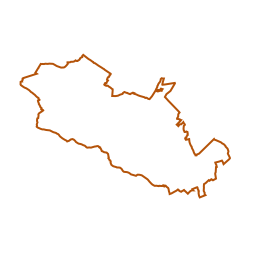 the district of Schitu Duca, Iasi, Romania, rotated 341°
{"feature_id": "2599482B72695645747592", "entity_name": "Schitu Duca", "entity_type": "district", "adm_level": 2, "iso_a3": "ROU", "parent_name": "Romania", "parent_adm1": "Iasi", "projection": "natural_earth1", "projection_center": [27.758, 47.015], "detail": "fine", "context": "isolated", "style": "outline", "palette": "amber", "viewbox_px": 256, "rotation_deg": 341, "n_neighbors": 0, "source": "geoboundaries", "source_scale": "gbopen_adm2", "svg_char_len": 5804}
<svg xmlns="http://www.w3.org/2000/svg" viewBox="0 0 256 256"><g transform="rotate(341 128 128)"><path d="M186.9,101.1L186.9,100.6L177.2,98.9L174.6,98.3L174.6,98.0L175.8,96.0L177.8,93.2L178.0,92.9L177.1,92.6L176.0,91.9L174.9,92.4L174.3,93.6L173.4,94.7L171.9,95.6L171.0,96.3L170.0,97.5L169.3,98.0L169.0,98.8L168.5,99.3L167.3,100.4L166.2,101.6L166.7,101.8L167.9,101.5L168.3,101.8L169.3,102.0L170.4,102.5L171.1,102.3L171.5,101.8L171.7,102.1L171.9,102.1L172.4,101.8L173.3,102.5L172.5,103.0L172.0,103.8L171.6,103.7L171.2,103.3L170.1,103.2L169.2,103.2L169.0,102.9L168.7,103.2L168.2,103.1L167.9,103.0L167.8,102.5L167.1,102.4L166.8,101.8L166.6,101.9L166.1,101.7L161.0,105.8L157.8,107.7L157.2,107.3L156.8,107.2L156.1,106.4L155.9,106.0L155.3,105.4L154.1,105.2L153.9,104.9L153.7,104.4L149.8,101.7L148.3,100.5L146.6,98.8L145.1,97.8L144.8,97.5L145.3,97.1L144.6,96.5L144.0,96.2L143.6,96.4L142.5,96.3L141.2,96.7L140.9,96.6L139.4,95.4L138.8,94.6L138.2,94.4L136.3,92.8L134.6,93.3L133.9,94.0L131.5,93.9L129.1,94.2L126.7,93.8L123.5,92.6L125.6,87.8L126.1,86.4L125.5,85.7L124.4,83.8L123.7,83.1L122.9,81.8L122.6,81.4L121.1,81.0L120.0,79.9L119.7,79.3L119.9,79.1L120.2,79.4L121.0,78.1L121.8,78.2L122.0,78.4L121.9,78.6L122.1,78.7L123.1,77.5L124.5,76.6L123.9,75.7L124.3,75.2L124.2,75.0L124.6,74.7L124.8,74.2L125.9,73.4L126.7,73.5L127.3,72.9L127.6,72.1L128.2,72.1L128.6,71.9L129.2,71.4L129.3,71.1L124.8,65.2L124.6,64.6L123.5,63.4L122.8,62.4L120.5,59.6L117.9,56.0L117.0,55.5L116.5,54.6L116.6,54.3L116.0,53.7L114.5,51.5L113.1,49.9L109.5,44.3L108.1,45.1L108.0,45.7L107.8,46.1L106.7,46.1L105.2,46.6L105.0,46.8L104.8,47.3L104.3,47.6L103.7,47.8L103.0,47.8L102.3,48.2L102.0,48.2L101.1,47.8L100.4,47.0L100.0,47.2L99.1,47.5L98.0,47.5L96.6,47.2L95.7,46.8L94.4,47.0L92.2,46.2L92.0,46.7L92.0,47.7L90.4,48.7L88.6,49.6L87.1,49.9L84.4,49.1L80.8,46.2L79.2,44.3L77.9,42.9L74.5,41.5L73.1,41.3L70.7,40.3L69.4,40.2L68.0,39.6L67.3,39.5L66.4,39.0L63.0,41.8L63.0,42.0L62.3,42.4L58.4,45.6L59.4,47.0L45.4,46.7L45.3,46.9L44.7,46.9L44.6,47.3L44.2,47.3L44.0,47.8L43.9,48.4L42.9,49.3L42.9,49.5L42.3,49.3L41.5,49.4L40.6,51.8L40.7,52.6L42.4,55.0L43.3,56.1L44.8,57.4L46.9,60.1L48.0,62.4L49.1,63.7L49.6,64.7L50.7,66.3L51.3,67.7L52.1,69.2L53.1,70.4L52.8,71.3L53.5,72.3L53.5,72.6L53.3,72.7L51.9,72.8L51.7,72.9L51.6,73.9L51.7,75.9L51.5,76.4L51.8,77.0L51.8,78.0L52.1,78.7L51.9,79.5L52.8,81.2L52.7,81.4L52.1,81.8L52.0,82.1L53.5,83.4L53.6,83.7L53.0,84.0L48.8,85.1L47.7,85.9L47.5,87.0L46.3,89.4L45.4,89.4L44.6,90.8L44.2,92.1L44.3,93.1L42.9,94.9L42.7,96.2L42.1,96.9L42.1,97.1L42.8,98.2L45.3,100.5L46.5,101.4L47.9,101.9L49.9,103.2L53.3,104.8L56.0,107.6L58.3,109.2L58.8,110.0L60.0,111.1L60.5,112.2L60.9,113.7L62.6,116.4L64.5,118.7L65.8,120.0L66.1,120.9L68.1,120.9L69.8,120.3L70.3,120.2L71.9,120.4L72.7,121.1L73.0,121.4L73.9,123.1L74.2,124.2L75.5,125.9L76.2,126.7L77.8,127.6L78.9,128.4L79.9,129.5L81.3,130.6L81.9,131.5L82.2,132.3L83.0,133.3L85.1,133.8L86.6,134.5L90.6,134.7L91.3,134.9L93.1,135.1L93.8,135.4L95.1,137.0L94.7,137.2L95.3,138.1L95.7,139.4L95.6,139.9L95.8,140.8L95.7,141.3L97.0,142.4L97.5,143.1L99.8,144.3L100.7,146.1L100.6,146.6L100.3,148.7L100.2,148.8L100.3,149.3L100.2,149.7L99.6,150.1L100.2,152.2L100.1,152.6L100.5,152.8L100.7,153.0L100.7,154.3L100.6,154.6L100.2,155.1L100.2,155.4L100.3,157.4L101.4,159.1L101.8,159.5L104.1,161.1L104.8,161.8L105.6,162.0L106.2,162.3L107.4,162.8L108.3,164.0L108.7,164.8L109.0,166.3L109.3,167.2L109.9,168.1L112.7,169.4L114.0,170.4L114.7,171.2L115.7,172.8L120.0,175.8L121.6,175.3L122.0,175.3L123.7,176.0L125.6,177.2L129.7,182.8L130.0,183.4L130.8,185.6L132.0,188.3L132.7,189.5L134.3,191.3L136.2,191.9L138.2,193.0L138.7,192.8L140.6,193.7L141.2,193.9L141.7,193.8L141.9,194.0L142.3,193.8L142.4,194.2L143.1,195.0L143.5,195.2L143.8,195.1L144.0,194.8L144.0,194.4L144.8,194.8L145.5,196.4L146.4,197.7L146.5,198.7L146.1,201.3L146.1,203.0L145.9,204.0L147.8,204.0L151.0,203.4L153.5,203.0L155.2,202.4L155.9,203.5L155.9,203.9L156.4,204.6L157.5,205.6L158.8,205.2L159.5,205.2L160.6,204.8L160.8,204.8L161.1,205.8L161.3,205.9L163.2,209.6L163.7,209.3L166.6,207.9L168.3,207.8L169.1,208.1L168.8,207.6L168.8,206.8L173.6,206.5L174.2,206.6L174.3,207.1L174.1,208.3L174.2,209.6L174.4,209.8L174.4,210.5L174.4,210.8L173.9,211.2L173.8,212.1L173.5,212.7L173.4,213.2L173.1,215.3L173.3,217.0L179.4,216.7L178.9,215.5L179.0,215.1L179.4,214.3L179.1,212.1L179.5,211.3L179.7,210.6L180.3,209.3L180.7,207.9L181.6,205.8L183.4,205.4L187.4,203.6L187.9,204.4L189.4,203.8L189.5,204.0L190.3,203.7L191.3,205.1L194.7,204.5L195.5,199.8L195.8,199.1L196.5,198.4L198.5,193.6L199.1,193.7L199.3,193.7L199.3,193.1L199.5,191.4L199.3,190.8L199.3,189.3L199.3,189.1L203.2,189.4L206.2,189.4L206.5,190.7L206.6,193.3L213.4,190.5L214.4,189.9L214.6,189.6L214.5,188.0L214.1,185.0L214.1,184.6L215.2,183.1L215.4,182.6L215.4,179.9L214.2,177.3L214.3,177.1L214.3,176.7L213.5,174.9L213.1,174.3L212.0,173.2L211.5,172.2L211.1,171.7L207.3,168.2L206.3,167.5L205.9,166.9L205.8,166.4L186.8,175.4L184.1,175.5L184.1,176.0L183.9,176.2L183.5,176.1L183.3,175.7L182.9,175.7L182.9,174.7L182.5,174.1L182.4,173.4L182.3,171.6L182.4,170.6L182.1,169.1L181.9,167.4L182.1,166.6L182.0,165.9L181.7,165.3L181.5,162.9L181.6,161.1L182.2,158.4L178.9,158.0L178.6,156.7L179.1,156.0L179.5,156.1L179.6,155.8L180.2,155.8L180.8,154.9L182.3,154.0L182.3,153.7L182.2,153.1L182.7,152.6L182.9,151.1L182.5,150.9L182.2,150.4L180.7,150.4L180.2,150.2L180.1,149.5L180.2,148.8L180.0,148.0L180.3,146.7L181.4,144.3L181.5,144.1L182.7,143.6L182.9,143.2L182.2,141.0L182.2,140.5L179.6,141.8L178.8,141.5L177.5,141.6L176.9,142.2L176.2,142.6L175.9,141.8L175.2,140.7L178.7,138.9L178.8,139.0L180.8,137.8L179.7,137.0L179.8,136.7L179.7,136.6L177.4,135.3L177.6,134.8L179.1,133.6L180.0,131.4L181.0,130.6L181.8,130.1L181.2,128.6L174.7,114.7L174.6,114.3L173.0,110.7L175.4,108.5L180.2,106.8L186.9,101.1Z" fill="none" stroke="#b45309" stroke-width="2"/></g></svg>